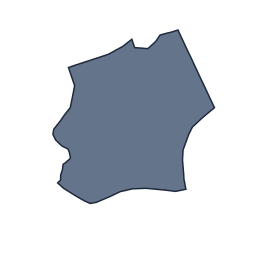 outline of Bilad Ar Rus, Sana'a, Yemen, rotated 245°
{"feature_id": "15242507B85471999170194", "entity_name": "Bilad Ar Rus", "entity_type": "district", "adm_level": 2, "iso_a3": "YEM", "parent_name": "Yemen", "parent_adm1": "Sana'a", "projection": "natural_earth1", "projection_center": [44.271, 15.035], "detail": "fine", "context": "isolated", "style": "filled", "palette": "slate", "viewbox_px": 256, "rotation_deg": 245, "n_neighbors": 0, "source": "geoboundaries", "source_scale": "gbopen_adm2", "svg_char_len": 1421}
<svg xmlns="http://www.w3.org/2000/svg" viewBox="0 0 256 256"><g transform="rotate(245 128 128)"><path d="M206.8,169.0L206.1,166.1L205.8,164.6L204.2,158.1L203.9,153.2L203.3,144.7L203.1,141.2L207.1,107.9L208.0,99.6L202.4,99.0L199.0,98.6L197.8,98.5L188.8,97.5L188.6,97.3L181.7,92.3L178.0,89.6L177.5,89.2L171.3,84.6L170.8,84.2L167.3,77.1L165.1,73.2L163.1,69.9L162.0,67.6L159.7,63.1L159.3,62.2L158.3,60.3L156.0,58.6L154.9,57.9L154.1,57.3L149.2,57.3L147.8,57.3L147.7,57.4L143.9,58.8L139.9,60.4L139.5,60.6L137.3,62.3L136.7,62.8L134.6,64.6L130.9,64.6L129.3,64.2L125.7,63.4L124.6,62.2L123.0,56.8L122.5,53.8L121.8,53.4L117.7,50.8L114.0,47.2L113.3,46.9L109.4,44.9L108.0,41.0L100.5,44.2L100.3,44.3L91.5,50.0L88.2,52.2L85.3,54.2L82.5,56.2L79.8,58.2L75.6,61.8L74.7,65.1L74.0,67.8L73.5,82.8L73.5,85.1L73.6,94.3L73.4,94.9L71.6,103.4L71.0,106.3L65.7,118.9L55.8,135.8L50.5,144.2L49.2,149.5L48.0,154.6L52.6,155.7L53.4,156.0L57.8,157.0L62.2,158.8L75.8,163.8L84.8,168.6L96.7,180.5L101.6,186.7L105.2,197.8L106.6,202.5L109.9,215.0L118.3,214.9L126.5,214.9L127.0,214.9L135.1,214.9L141.1,214.8L141.9,214.8L160.4,214.8L165.1,214.8L167.8,214.8L171.5,214.7L172.7,214.7L180.2,214.7L186.1,214.7L190.2,214.7L194.2,214.7L195.7,214.7L196.5,208.3L197.5,203.3L198.0,200.5L198.7,196.3L197.5,194.3L194.8,189.9L192.7,183.4L191.8,180.3L191.5,179.6L193.8,175.5L194.2,174.9L198.0,168.0L206.8,169.0Z" fill="#64748b" stroke="#1e293b" stroke-width="1.5"/></g></svg>